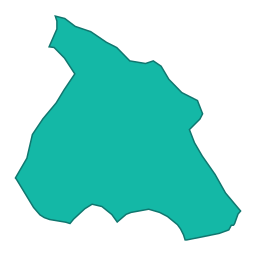 outline of Pyongsong City, P'yŏngan-namdo, North Korea
{"feature_id": "82179303B57975227411207", "entity_name": "Pyongsong City", "entity_type": "district", "adm_level": 2, "iso_a3": "PRK", "parent_name": "North Korea", "parent_adm1": "P'yŏngan-namdo", "projection": "robinson", "projection_center": [125.901, 39.318], "detail": "fine", "context": "isolated", "style": "filled", "palette": "teal", "viewbox_px": 256, "rotation_deg": 0, "n_neighbors": 0, "source": "geoboundaries", "source_scale": "gbopen_adm2", "svg_char_len": 878}
<svg xmlns="http://www.w3.org/2000/svg" viewBox="0 0 256 256"><path d="M240.6,211.0L225.5,193.0L215.1,174.5L202.2,156.0L194.5,142.8L189.4,129.6L199.9,119.1L202.6,113.8L198.2,102.5L197.5,100.6L181.8,92.6L168.9,79.4L161.1,66.2L153.3,60.9L145.5,63.5L129.8,60.9L116.8,47.6L106.4,42.3L90.8,31.7L75.2,26.4L64.8,18.5L55.3,16.1L56.9,21.1L56.9,29.0L49.1,46.8L54.1,47.5L64.5,58.1L74.8,73.9L64.2,89.7L56.2,102.9L43.0,118.7L32.4,134.5L26.9,158.2L15.4,178.0L16.4,179.2L33.6,207.5L40.0,214.9L44.3,217.6L49.6,219.5L65.7,222.2L70.0,223.5L73.6,219.1L77.3,215.7L84.7,208.8L92.1,204.2L101.9,206.5L111.8,214.5L117.2,222.0L126.2,214.3L131.1,212.4L148.7,209.2L159.6,212.4L167.5,216.5L177.5,224.7L180.6,229.0L183.5,234.8L185.1,239.9L186.7,239.9L187.3,239.8L219.2,233.4L228.8,229.9L231.3,225.3L233.5,225.2L234.6,223.6L238.0,214.1L240.6,211.0Z" fill="#14b8a6" stroke="#0f766e" stroke-width="1.5"/></svg>